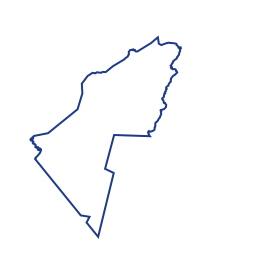 the district of Sohe District, Northern, Papua New Guinea, rotated 231°
{"feature_id": "67681753B17052128293430", "entity_name": "Sohe District", "entity_type": "district", "adm_level": 2, "iso_a3": "PNG", "parent_name": "Papua New Guinea", "parent_adm1": "Northern", "projection": "equal_earth", "projection_center": [147.829, -8.649], "detail": "fine", "context": "isolated", "style": "outline", "palette": "blue", "viewbox_px": 256, "rotation_deg": 231, "n_neighbors": 0, "source": "geoboundaries", "source_scale": "gbopen_adm2", "svg_char_len": 5579}
<svg xmlns="http://www.w3.org/2000/svg" viewBox="0 0 256 256"><g transform="rotate(231 128 128)"><path d="M62.2,36.3L102.0,88.6L110.7,84.5L131.3,112.8L107.9,139.8L108.7,139.8L109.0,139.9L109.3,139.9L109.5,140.2L110.1,140.1L110.5,140.2L110.7,140.4L110.8,140.6L111.1,140.8L111.6,141.0L111.7,140.8L111.9,140.9L112.0,140.9L112.3,141.4L112.2,141.6L112.3,141.7L112.4,142.1L112.5,142.2L112.5,142.3L111.8,142.3L111.7,142.5L111.4,142.8L110.9,143.2L110.8,143.5L110.8,143.8L110.7,144.1L110.3,144.8L110.3,145.3L110.1,145.6L110.0,146.2L110.0,146.7L110.1,147.1L110.0,147.5L110.5,148.0L110.7,148.3L110.8,148.4L111.4,148.7L111.5,148.9L111.7,149.6L111.9,149.9L112.3,150.0L112.4,150.5L112.5,150.7L112.8,150.9L113.0,151.1L113.5,151.3L113.7,151.6L114.3,152.0L114.6,152.6L114.8,152.8L114.9,153.3L114.7,153.9L114.8,154.3L114.8,154.7L114.8,155.3L115.1,156.1L115.2,156.4L115.9,157.9L115.9,158.4L116.0,158.9L116.1,159.3L116.2,159.6L116.8,160.2L117.1,161.1L118.0,162.7L119.2,163.3L119.7,163.6L119.8,164.0L119.9,164.3L120.0,164.4L120.8,164.3L121.1,164.3L121.3,164.5L121.3,164.9L120.6,166.3L120.5,166.8L120.1,167.4L120.0,167.7L120.0,168.2L120.1,168.7L120.1,169.4L120.2,170.1L120.5,170.8L120.9,171.0L121.5,171.9L121.8,172.2L123.2,172.3L124.1,172.6L124.3,172.4L124.5,171.9L124.9,171.7L125.3,171.9L126.2,172.3L126.5,172.7L127.3,172.9L127.6,172.9L127.9,172.7L128.1,172.7L128.3,172.7L128.5,173.0L129.1,173.1L129.3,173.0L129.6,173.5L129.5,174.9L129.6,175.4L130.0,176.0L130.6,176.4L131.2,177.2L131.3,177.6L131.4,177.4L131.9,178.1L132.2,178.7L132.5,179.0L132.6,179.4L132.8,179.7L132.8,180.2L132.8,180.6L133.0,180.8L133.6,181.1L133.7,181.3L133.8,182.4L133.9,182.6L134.1,182.7L134.4,182.5L134.7,182.5L134.9,182.6L135.0,182.8L135.4,183.0L135.6,183.3L135.6,184.0L135.7,184.4L135.7,184.8L135.6,185.5L135.5,185.8L135.5,186.1L135.6,186.3L135.9,186.6L136.0,186.7L136.3,186.9L136.4,187.0L136.6,187.6L136.8,188.0L136.8,188.6L136.9,188.8L137.1,189.5L137.1,190.5L137.7,191.0L138.4,191.3L138.5,191.5L138.6,191.8L138.9,192.2L139.2,192.4L139.3,192.6L139.5,192.9L139.9,194.8L140.1,195.2L140.1,195.7L140.1,196.4L140.0,196.7L140.0,197.3L139.8,198.1L139.8,198.4L140.1,199.6L140.1,199.9L140.1,200.6L140.1,200.9L140.1,201.1L141.0,201.4L141.5,201.6L142.2,201.2L142.4,201.3L142.7,201.5L143.3,201.8L143.6,201.8L144.0,201.6L144.4,201.3L144.6,201.0L145.1,200.6L145.4,199.9L145.6,199.6L145.8,199.5L146.6,199.7L147.4,199.4L147.5,199.2L147.7,199.3L147.5,199.9L147.5,200.1L147.6,200.4L147.9,200.3L148.0,200.2L148.2,200.4L148.4,200.4L148.6,200.3L149.2,200.3L149.5,200.3L149.6,201.1L149.7,201.3L149.8,201.7L150.0,201.9L150.2,202.5L150.3,202.7L150.5,203.0L150.4,203.3L150.4,203.5L150.6,203.7L150.7,204.2L151.0,204.6L151.4,204.9L151.5,205.2L151.4,206.5L151.5,207.2L151.5,208.2L151.4,208.5L151.3,208.9L151.4,209.5L151.5,209.6L151.7,210.3L152.0,210.7L152.1,210.8L152.3,211.0L152.2,211.6L152.2,211.8L152.4,212.1L152.7,212.5L152.7,213.2L152.7,213.4L153.3,214.3L153.9,214.8L154.0,215.0L154.2,215.3L154.5,215.5L154.6,216.2L155.2,216.9L155.4,217.2L155.7,217.6L155.8,217.7L156.3,217.7L156.7,217.9L156.8,218.3L156.7,219.0L156.7,219.3L157.0,219.4L157.3,219.6L157.5,219.7L157.9,219.4L158.0,219.3L158.1,219.1L158.0,218.8L157.9,218.2L158.1,217.9L158.6,217.8L159.8,218.2L160.2,218.2L160.7,218.3L161.0,218.3L161.2,218.2L161.5,218.0L161.8,217.9L162.3,218.3L162.7,218.5L162.9,218.5L163.4,218.3L163.5,218.3L166.4,215.6L166.8,215.1L167.2,214.7L167.5,214.3L168.1,213.9L169.0,212.9L169.0,212.4L169.9,211.0L170.3,209.4L170.5,209.0L171.1,207.4L171.3,206.2L174.1,205.0L179.7,208.3L179.5,199.3L181.6,183.3L182.7,182.2L183.4,182.1L183.5,182.3L183.9,182.4L183.9,182.2L184.1,182.0L184.4,182.2L184.9,181.6L185.1,181.7L185.5,181.7L185.5,181.4L185.7,181.5L186.0,181.2L186.1,180.4L186.4,180.2L186.4,179.9L186.6,179.7L187.2,178.7L187.1,177.9L186.8,177.1L186.5,176.3L186.1,176.1L185.5,175.8L185.0,175.1L184.5,174.9L184.4,174.0L183.7,172.8L183.7,171.7L183.9,170.7L183.7,168.0L185.5,155.3L185.5,145.9L187.6,143.5L187.8,141.9L190.9,138.8L191.0,137.4L191.4,137.1L191.4,136.6L193.2,135.2L193.8,129.3L191.5,120.0L183.6,114.3L174.3,100.6L174.3,62.6L181.0,49.9L181.0,49.6L180.8,49.3L180.8,49.1L180.7,49.0L180.7,48.8L180.9,48.5L180.9,47.9L180.6,47.9L180.4,48.1L180.2,48.1L180.0,47.8L179.7,47.8L179.6,47.7L179.5,47.3L180.1,47.3L180.4,46.8L180.4,46.6L180.3,46.3L180.4,46.2L180.7,45.9L180.8,45.8L180.8,45.7L180.7,45.5L180.1,44.7L179.7,44.6L179.4,44.7L179.3,45.1L179.1,45.5L178.8,45.3L178.5,45.5L178.3,45.5L177.8,45.8L177.2,45.7L176.9,45.9L176.6,45.6L176.7,44.9L176.6,44.7L176.3,44.8L176.0,45.0L175.9,45.0L175.8,44.7L175.6,44.5L175.3,44.6L174.8,45.0L174.7,45.1L174.4,45.1L174.1,45.4L173.9,45.3L173.7,45.2L173.3,45.5L172.8,45.5L172.7,45.4L172.2,45.0L171.8,44.3L171.5,44.0L171.1,44.1L170.9,44.1L170.6,44.4L170.4,44.5L170.2,44.8L170.2,45.1L170.4,45.2L170.5,45.0L170.7,44.7L170.8,44.5L170.9,44.4L171.0,44.4L171.0,44.6L170.8,45.1L170.6,45.4L170.4,45.5L170.4,45.4L170.1,45.3L170.0,45.2L169.8,45.0L169.2,44.9L168.7,44.6L168.2,44.6L168.3,45.1L168.4,45.5L168.5,45.8L168.2,45.7L167.8,45.3L167.2,44.6L166.9,44.7L166.8,45.0L167.0,45.3L167.3,45.3L167.5,45.4L167.6,45.6L167.5,45.8L167.4,46.1L167.5,46.3L167.7,46.2L167.8,46.2L167.8,46.4L167.6,46.6L167.3,46.6L167.2,46.8L166.8,46.9L166.5,46.9L165.9,46.8L165.6,46.6L165.3,46.3L164.8,45.2L164.4,44.6L164.2,44.2L164.2,43.9L164.0,43.5L163.9,43.2L163.7,42.9L163.7,42.0L163.5,41.5L163.4,40.8L163.3,40.6L163.2,39.6L163.2,38.6L163.0,37.4L162.9,37.2L162.7,36.9L162.2,37.0L162.1,36.9L162.5,36.7L162.4,36.3L89.8,36.3L83.2,42.2L80.6,36.3L62.2,36.3ZM168.0,45.0L167.8,44.7L167.7,44.4L167.5,44.5L167.8,45.1L168.0,45.0Z" fill="none" stroke="#1e3a8a" stroke-width="2"/></g></svg>